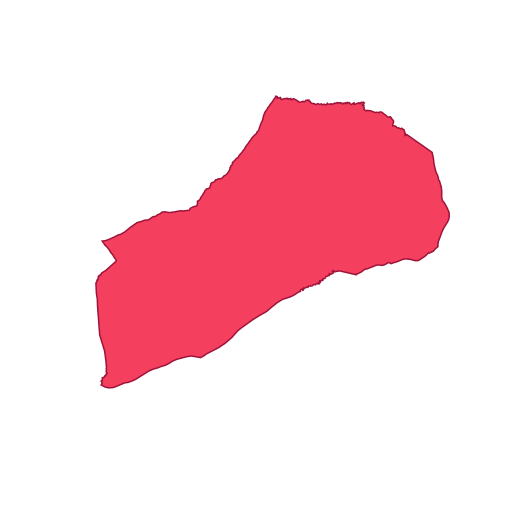 the district of Liwale, Lindi, United Republic of Tanzania, rotated 230°
{"feature_id": "72390352B80391364217442", "entity_name": "Liwale", "entity_type": "district", "adm_level": 2, "iso_a3": "TZA", "parent_name": "United Republic of Tanzania", "parent_adm1": "Lindi", "projection": "equal_earth", "projection_center": [38.174, -9.186], "detail": "fine", "context": "isolated", "style": "filled", "palette": "rose", "viewbox_px": 512, "rotation_deg": 230, "n_neighbors": 0, "source": "geoboundaries", "source_scale": "gbopen_adm2", "svg_char_len": 6111}
<svg xmlns="http://www.w3.org/2000/svg" viewBox="0 0 512 512"><g transform="rotate(230 256 256)"><path d="M366.3,147.8L361.0,147.3L359.3,147.6L355.3,147.6L352.5,147.0L348.8,147.0L345.7,146.4L344.2,146.5L342.3,146.0L341.9,145.3L341.5,131.6L342.2,126.6L341.5,125.7L341.6,124.8L341.3,124.7L341.3,124.3L341.6,124.2L341.8,123.7L341.8,122.8L341.5,122.4L341.6,121.8L340.1,120.9L340.0,119.4L339.7,119.3L339.6,118.9L339.4,119.1L339.3,118.5L338.9,118.1L338.2,116.0L329.8,109.6L324.8,106.6L319.6,102.5L296.0,85.5L280.4,78.9L270.6,72.6L268.8,71.2L267.2,70.3L266.0,68.9L264.9,68.2L264.3,67.4L263.7,67.0L262.8,66.4L262.4,66.7L261.7,66.0L261.7,65.3L261.4,65.2L261.4,63.3L261.3,63.0L261.0,63.2L260.7,62.1L261.4,60.1L261.1,60.1L260.8,59.5L260.6,59.6L259.9,58.5L259.7,57.1L259.2,57.5L258.5,56.8L257.6,56.6L256.8,54.5L252.2,56.4L249.7,58.4L247.1,61.9L245.9,65.1L243.2,73.9L241.3,76.9L240.0,80.6L238.9,84.4L236.7,100.2L235.4,104.5L233.3,109.2L232.7,111.4L230.5,116.5L229.6,120.5L229.0,125.0L227.7,129.1L223.4,138.2L220.9,142.3L213.8,148.2L213.0,152.3L212.9,154.9L209.8,168.7L209.0,176.6L209.1,185.0L210.4,193.5L210.4,197.5L209.4,211.8L208.2,220.3L206.7,228.4L206.8,235.5L206.6,242.6L205.7,248.5L202.8,255.6L201.7,259.5L201.1,265.0L200.3,267.4L201.3,268.2L201.5,268.6L201.5,269.0L201.0,269.9L200.0,269.7L199.5,270.0L199.7,270.9L200.8,271.3L200.9,272.0L200.1,272.5L199.5,274.9L198.6,275.6L199.2,277.1L199.1,277.5L198.2,278.0L197.4,279.2L197.0,280.1L197.0,281.7L196.6,282.6L195.7,283.1L196.0,284.0L195.6,285.6L195.5,285.8L194.9,285.5L194.7,285.9L194.1,286.3L194.0,286.6L194.1,287.0L194.9,287.3L195.0,287.6L194.5,288.1L194.6,288.4L195.2,288.1L196.1,288.7L196.2,289.1L195.3,289.5L195.2,290.6L194.5,291.1L194.4,291.5L194.6,291.8L195.3,291.8L195.5,292.1L194.6,294.2L194.6,295.0L195.2,296.1L195.3,296.6L194.7,297.8L194.7,298.7L193.9,299.5L194.1,300.1L195.4,300.7L195.3,301.0L194.2,301.2L193.5,302.9L193.3,304.1L193.6,304.5L195.3,304.7L195.4,305.0L195.0,306.0L194.4,306.0L194.0,305.6L193.2,306.2L192.7,307.2L192.6,307.7L191.7,308.9L191.2,310.2L177.9,320.2L178.1,320.2L177.1,322.2L176.0,326.9L176.0,329.1L175.6,331.6L174.8,332.6L171.7,342.0L170.2,344.4L168.1,346.1L167.1,347.6L166.6,349.0L166.0,352.7L165.4,353.9L164.0,354.1L163.0,355.0L162.5,357.0L160.9,360.5L159.2,365.9L157.7,368.7L154.4,371.9L149.9,375.1L148.3,377.2L147.8,379.6L147.2,385.4L147.3,387.6L147.6,389.8L146.9,390.4L145.7,394.9L146.2,397.8L146.3,399.2L146.1,400.4L146.4,401.7L147.7,402.4L148.5,403.6L149.6,404.6L155.2,414.4L156.9,418.3L158.9,424.5L160.0,426.9L161.7,429.1L163.4,430.6L165.5,432.0L171.0,433.6L175.9,434.5L177.6,434.4L179.2,434.7L182.0,436.3L186.5,440.1L189.6,442.2L195.6,444.8L196.9,444.8L198.8,446.0L201.3,447.0L204.8,447.9L211.7,451.3L216.5,454.5L222.2,457.5L251.9,449.6L252.5,447.6L253.3,448.3L253.4,449.1L253.9,449.2L254.3,449.0L255.2,449.6L256.7,449.9L257.1,450.4L257.9,450.5L258.7,449.9L259.9,449.9L260.3,449.6L260.5,448.5L260.8,448.3L261.8,448.0L262.7,447.4L263.3,446.6L263.9,446.4L265.0,446.5L266.7,445.8L267.7,444.4L268.1,444.5L269.1,445.6L270.2,447.6L271.2,448.1L271.8,448.3L273.8,448.0L274.5,448.5L276.2,448.4L276.5,448.3L276.9,446.9L278.1,446.2L281.4,445.7L283.0,445.2L283.8,445.2L284.3,444.9L285.4,444.8L286.7,443.5L286.9,442.3L288.5,440.9L289.3,439.5L290.1,439.0L290.8,438.8L291.9,437.9L293.7,437.2L294.3,436.3L295.9,435.1L296.1,433.9L296.9,433.8L297.9,432.9L298.7,432.9L300.0,434.2L301.2,434.3L301.9,435.5L303.0,434.6L303.1,434.9L303.3,434.8L303.4,436.4L303.7,437.4L304.6,437.2L306.1,435.3L306.1,434.9L305.7,434.2L305.8,433.6L306.9,433.6L307.7,432.4L308.6,429.2L309.1,428.8L309.5,429.3L310.4,429.6L310.6,427.4L310.9,426.4L312.5,425.8L313.3,426.2L313.7,425.4L314.8,424.9L314.6,423.4L315.3,422.6L315.7,423.2L316.2,422.0L316.8,421.3L316.7,420.2L316.9,419.8L318.0,420.0L318.5,419.4L319.1,419.3L319.7,418.6L320.1,417.3L320.7,417.4L321.4,416.7L321.5,415.2L322.5,414.8L322.5,413.9L322.9,413.3L323.1,411.7L324.0,411.7L324.7,410.8L324.6,410.3L324.7,410.1L326.2,408.8L327.1,408.8L326.6,407.4L326.9,406.4L328.3,406.1L328.9,404.6L329.2,404.2L330.6,403.8L331.1,402.3L333.1,401.2L333.2,400.0L333.8,399.0L334.1,398.8L335.0,398.7L335.4,398.2L336.1,398.0L337.0,396.7L339.0,396.6L339.4,396.4L339.6,396.8L339.9,396.5L340.5,396.3L341.5,396.8L341.8,395.9L342.3,395.7L342.2,395.3L343.0,394.6L343.3,393.9L342.9,393.3L343.0,392.3L343.6,391.7L344.2,391.6L345.5,388.5L347.4,387.4L347.7,387.7L348.3,387.6L349.1,387.1L350.2,387.0L350.7,386.5L352.2,386.1L352.6,385.4L352.5,384.4L352.8,383.7L353.0,383.5L354.3,383.9L354.7,382.5L355.2,381.8L355.6,382.0L356.0,381.2L356.6,381.4L357.3,380.5L357.4,379.7L358.0,379.4L358.6,378.4L359.0,376.8L359.4,376.6L359.5,376.1L360.1,375.8L361.2,376.6L361.9,376.5L362.1,375.5L363.0,373.8L363.5,374.5L363.9,374.3L364.4,374.7L365.7,373.9L365.0,372.5L364.3,369.5L363.8,368.4L362.8,363.6L362.4,362.7L362.0,360.3L361.1,358.3L360.5,355.5L358.8,352.3L355.8,348.2L353.8,344.0L352.4,341.8L352.0,340.9L351.0,339.7L350.4,338.3L350.4,336.6L349.5,335.2L349.5,332.5L349.0,328.4L348.3,326.8L348.1,325.1L347.4,323.0L346.6,319.1L345.1,315.1L345.0,313.7L344.4,311.9L344.0,308.1L343.0,305.8L343.3,303.9L343.2,302.7L342.9,302.1L343.0,301.4L342.7,299.8L342.8,298.2L341.2,296.5L341.3,294.9L340.5,293.6L340.4,292.9L339.7,292.5L339.3,291.5L338.8,291.2L337.5,286.5L337.5,284.5L337.9,283.0L337.9,282.0L337.5,280.9L337.6,279.5L338.0,278.3L339.1,277.2L339.5,276.3L339.5,275.2L340.3,274.0L339.6,271.6L340.6,269.3L340.5,268.1L340.2,267.6L339.4,267.1L339.4,266.5L338.3,264.9L338.0,264.0L338.6,262.2L339.2,261.1L339.0,259.1L337.9,257.2L337.8,255.9L337.0,254.7L336.9,253.5L336.2,251.1L335.2,249.1L335.6,246.4L333.1,244.1L332.7,243.1L332.8,241.8L333.8,240.2L334.2,238.9L334.2,238.1L334.7,236.9L334.7,236.1L333.9,234.2L335.8,231.6L337.0,229.5L339.3,227.1L339.7,226.1L340.6,225.0L341.7,222.5L343.5,219.9L344.1,218.6L346.2,216.4L348.1,214.9L350.0,212.4L350.0,209.6L350.8,207.5L350.9,205.0L351.0,204.3L352.1,202.8L352.4,201.9L352.7,197.8L353.0,196.5L355.2,193.4L355.8,191.2L358.0,186.5L358.7,178.4L358.8,170.7L359.5,167.2L359.6,166.1L360.8,163.9L360.8,162.8L361.4,161.1L361.6,159.6L363.5,153.3L364.7,150.2L366.3,147.8Z" fill="#f43f5e" stroke="#9f1239" stroke-width="1.5"/></g></svg>